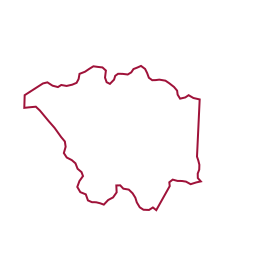 outline of São Ludgero, Santa Catarina, Brazil, rotated 326°
{"feature_id": "56859067B3541578386981", "entity_name": "São Ludgero", "entity_type": "district", "adm_level": 2, "iso_a3": "BRA", "parent_name": "Brazil", "parent_adm1": "Santa Catarina", "projection": "orthographic", "projection_center": [-49.171, -28.352], "detail": "fine", "context": "isolated", "style": "outline", "palette": "rose", "viewbox_px": 256, "rotation_deg": 326, "n_neighbors": 0, "source": "geoboundaries", "source_scale": "gbopen_adm2", "svg_char_len": 1293}
<svg xmlns="http://www.w3.org/2000/svg" viewBox="0 0 256 256"><g transform="rotate(326 128 128)"><path d="M82.4,43.5L60.7,43.0L53.3,53.3L57.1,55.3L63.5,58.8L64.7,64.2L66.1,78.1L67.2,86.9L67.5,98.0L68.1,103.9L65.8,108.7L60.8,112.9L60.7,118.2L63.4,123.1L64.7,127.9L63.4,133.6L64.8,138.6L63.8,142.7L58.1,144.8L53.0,148.5L52.6,154.5L55.9,159.4L54.3,165.6L56.6,169.3L60.0,171.7L62.8,174.8L65.1,178.0L71.3,176.6L76.8,177.2L82.6,175.0L86.2,169.1L89.5,171.2L90.2,175.7L94.2,179.5L95.3,184.7L95.1,189.9L93.7,194.6L93.4,200.3L95.1,204.4L99.6,207.7L104.2,207.8L105.5,211.9L130.1,199.5L131.9,196.1L136.2,195.8L139.4,199.5L143.1,202.1L146.1,204.9L148.5,209.6L154.2,211.3L158.5,213.0L157.9,208.5L160.3,204.8L163.8,202.3L166.6,198.4L168.1,194.3L169.2,190.3L203.4,144.4L199.0,139.7L196.6,134.7L192.6,134.7L187.6,132.8L187.8,128.1L189.6,124.5L189.1,119.7L187.2,113.9L185.5,109.7L181.0,105.4L177.8,103.8L174.8,101.9L173.4,98.0L174.6,93.1L175.2,88.6L173.5,83.8L169.5,83.1L165.5,82.2L161.8,83.7L157.7,83.5L153.8,80.1L150.1,77.5L146.6,77.6L143.5,80.1L137.7,81.3L135.9,78.1L137.1,73.4L141.8,68.0L140.7,63.5L137.4,60.7L133.8,57.5L128.9,57.3L123.8,57.3L118.1,56.0L114.4,59.8L110.6,61.8L106.0,60.9L100.6,58.8L96.7,55.0L92.8,54.9L89.1,50.7L86.7,45.1L82.4,43.5Z" fill="none" stroke="#9f1239" stroke-width="2"/></g></svg>